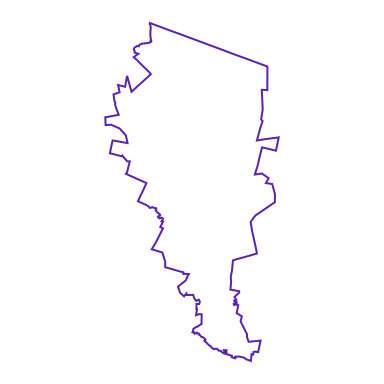 Altar, Sonora, Mexico
{"feature_id": "50627088B37635840780523", "entity_name": "Altar", "entity_type": "district", "adm_level": 2, "iso_a3": "MEX", "parent_name": "Mexico", "parent_adm1": "Sonora", "projection": "mercator", "projection_center": [-111.985, 31.095], "detail": "fine", "context": "isolated", "style": "outline", "palette": "violet", "viewbox_px": 384, "rotation_deg": 0, "n_neighbors": 0, "source": "geoboundaries", "source_scale": "gbopen_adm2", "svg_char_len": 5531}
<svg xmlns="http://www.w3.org/2000/svg" viewBox="0 0 384 384"><path d="M151.8,249.3L152.5,249.5L162.4,252.5L165.2,261.6L165.2,267.2L180.2,271.5L183.4,272.3L183.3,273.9L188.8,274.0L187.7,275.9L185.8,280.4L181.5,283.8L179.6,285.3L179.0,285.9L178.0,286.6L178.8,289.0L179.9,292.2L180.0,292.5L181.0,293.6L182.3,294.7L183.0,295.4L184.0,296.3L184.2,296.0L185.1,295.0L186.4,293.5L186.5,294.4L186.7,295.0L193.3,294.9L194.1,298.0L196.2,300.9L197.7,300.1L198.8,299.7L199.3,300.4L199.6,301.3L199.8,301.7L199.6,302.7L199.1,304.0L196.5,304.0L196.4,309.2L197.1,309.3L197.0,309.7L196.0,315.2L199.0,314.2L201.7,314.3L201.5,324.1L200.7,324.4L199.7,325.1L198.6,325.9L197.3,326.7L196.9,326.9L196.0,327.1L193.4,328.8L193.0,331.5L192.5,332.2L193.2,332.5L193.4,332.4L193.5,332.3L193.9,332.2L194.0,332.3L194.4,333.3L194.6,333.7L195.2,333.4L195.6,333.1L195.9,333.1L196.2,333.0L196.4,333.1L196.4,332.9L196.5,332.8L196.6,332.7L196.9,332.6L197.2,333.2L198.9,333.6L198.9,334.6L199.8,334.9L200.2,335.3L200.4,335.7L200.7,336.2L201.3,336.7L201.9,337.0L203.3,337.4L205.5,339.7L204.4,340.8L206.8,342.9L207.3,343.5L208.2,344.5L208.7,344.9L209.1,345.4L210.5,346.0L211.8,347.8L212.5,348.1L213.3,348.9L213.5,349.0L213.8,348.9L214.1,349.0L214.4,348.9L216.6,348.7L217.2,349.0L217.4,349.4L218.7,350.6L219.1,350.5L220.1,350.9L220.4,350.9L221.0,351.0L221.0,351.3L223.2,353.1L224.8,353.6L224.5,351.6L223.9,350.2L224.0,350.2L226.5,350.2L226.5,354.1L232.0,355.8L231.7,357.2L234.4,358.2L234.9,358.3L235.0,357.0L235.9,357.3L236.1,356.6L236.3,356.6L239.4,356.6L239.5,356.6L243.8,357.6L244.4,357.9L246.0,359.2L246.6,359.4L250.9,361.0L251.2,358.2L251.3,356.9L251.6,354.1L253.2,354.5L253.5,352.0L255.2,351.6L258.1,352.2L260.6,340.6L248.6,341.8L248.3,340.9L247.7,339.1L247.0,337.3L247.0,334.2L240.6,321.4L241.0,319.7L241.9,316.4L236.7,313.1L237.2,310.5L238.1,306.1L237.2,305.1L237.7,304.8L236.7,304.2L234.2,305.0L233.7,304.1L235.6,303.3L236.6,303.2L236.6,302.1L236.5,301.9L236.4,301.7L236.2,301.6L234.3,301.6L234.3,300.4L234.9,300.4L235.7,300.1L236.3,299.8L235.6,298.7L234.5,296.9L239.2,292.6L239.2,291.2L230.4,289.6L230.6,287.8L230.7,286.1L231.0,283.3L231.1,281.2L231.1,280.1L231.0,279.6L230.8,278.7L230.8,277.7L230.8,277.0L230.9,276.4L231.2,274.4L231.9,271.1L232.0,270.5L232.1,269.4L233.0,260.3L239.5,258.4L240.3,258.2L240.5,258.2L242.0,257.7L242.6,257.6L244.1,257.2L249.8,255.6L255.2,254.0L255.3,254.0L256.8,253.6L256.8,252.8L256.8,252.5L256.3,250.3L256.2,250.0L256.2,249.6L255.0,244.0L252.3,231.7L251.9,229.7L251.3,226.1L250.6,222.2L251.3,221.1L251.6,220.6L251.8,220.3L252.0,220.1L253.3,218.2L253.7,217.5L254.4,216.9L255.4,215.5L274.9,202.2L275.0,194.5L274.1,190.9L272.2,184.0L265.9,183.1L268.6,178.2L261.9,173.5L254.9,174.5L255.5,172.6L255.4,172.5L256.7,168.6L256.8,168.1L257.1,167.6L258.3,162.9L258.5,161.7L262.0,147.4L264.9,148.0L275.9,150.7L276.9,146.5L278.7,137.4L264.9,139.2L256.9,140.5L260.3,128.0L262.6,121.1L261.1,119.5L262.7,109.7L261.8,89.8L264.9,89.9L267.3,90.1L267.4,72.5L267.4,66.6L264.7,65.5L243.3,57.6L235.5,54.8L219.3,48.7L193.7,39.2L178.6,33.6L178.4,33.5L173.5,31.8L149.9,23.0L149.8,24.3L150.1,24.7L150.4,25.4L150.5,26.0L150.7,27.4L150.7,28.2L150.8,28.4L150.8,28.5L150.7,28.7L150.7,28.9L150.7,29.0L150.6,29.5L150.5,30.3L150.5,30.5L150.5,31.1L150.4,31.8L150.4,32.0L150.4,32.8L150.3,33.0L150.4,33.6L150.3,34.0L150.3,34.4L150.4,34.7L150.4,35.4L150.4,36.0L150.5,36.4L150.6,37.1L150.6,37.5L150.5,37.8L150.5,38.1L150.6,38.3L150.8,38.6L150.8,38.8L150.8,39.1L150.9,39.4L151.0,39.7L151.0,39.9L151.1,40.3L151.4,41.3L151.3,41.5L151.2,41.7L151.1,41.8L150.9,41.8L150.7,41.8L150.4,41.6L150.3,41.8L150.0,42.0L150.0,42.3L149.8,42.4L149.5,42.5L149.1,42.8L148.9,42.8L148.7,42.8L148.4,42.9L148.2,43.0L147.9,43.0L147.7,43.1L147.4,43.1L147.1,43.0L146.9,43.1L146.5,43.1L146.3,43.2L146.1,43.3L145.8,43.4L145.6,43.4L145.4,43.3L144.9,43.4L144.6,43.4L144.4,43.5L143.9,43.6L143.7,43.6L142.6,43.5L142.2,43.6L141.9,43.7L141.6,43.8L141.1,44.3L140.2,44.4L139.7,44.6L139.4,44.9L139.1,45.3L138.9,45.8L138.7,46.2L138.7,46.3L138.4,46.3L138.1,46.3L137.7,46.1L137.3,46.1L136.9,46.1L136.6,46.1L136.3,46.5L135.9,46.8L135.7,46.9L134.7,47.5L134.5,47.8L134.1,48.3L133.9,48.7L133.9,49.0L134.0,49.3L134.1,49.5L134.1,49.9L134.1,50.0L134.2,50.4L134.3,50.5L134.6,50.7L134.7,50.9L134.7,51.2L134.7,51.5L134.7,51.8L134.7,52.3L134.6,52.6L138.3,53.8L133.7,57.1L135.8,59.1L136.1,59.1L140.1,63.3L149.2,72.1L150.9,74.1L150.2,74.8L131.5,91.8L127.1,75.9L125.1,86.8L118.1,85.0L119.6,92.2L116.1,93.5L115.9,93.6L113.5,94.4L114.5,101.4L114.8,101.7L114.9,101.9L115.4,103.1L115.3,103.4L115.3,103.5L115.1,104.4L115.1,104.5L116.2,108.2L118.7,114.8L105.3,117.3L105.6,125.1L111.0,124.7L119.5,128.4L125.9,135.4L127.5,143.1L115.9,141.0L112.6,140.5L111.3,146.5L109.9,153.3L112.5,153.9L114.1,154.3L119.5,155.7L122.5,156.5L122.6,155.9L127.2,161.3L129.8,161.4L127.0,172.4L125.9,173.8L129.0,175.2L131.1,176.2L133.2,177.1L134.9,177.8L136.0,178.4L145.8,182.8L146.4,183.1L142.8,191.1L140.5,195.6L139.5,197.8L139.1,198.9L138.6,199.9L138.0,201.1L140.0,202.2L146.1,204.9L147.0,205.5L148.7,206.6L149.9,208.0L150.2,207.9L150.6,207.8L151.0,207.7L152.1,207.1L152.4,207.3L155.5,208.3L155.9,208.2L156.2,208.2L156.3,208.3L155.6,210.3L158.3,213.4L158.6,213.4L160.2,214.8L159.4,215.9L158.9,216.1L158.0,216.6L157.9,217.1L158.1,217.4L158.9,217.7L159.5,218.4L159.9,218.2L160.5,218.1L161.1,217.6L161.8,217.7L162.3,217.9L162.5,218.1L163.0,219.0L162.0,220.6L161.6,221.2L163.1,221.5L160.3,227.0L162.6,228.1L163.0,228.4L160.0,234.2L159.1,236.1L158.9,236.5L156.7,240.8L156.4,241.4L154.4,244.8L151.8,249.3Z" fill="none" stroke="#5b21b6" stroke-width="2"/></svg>